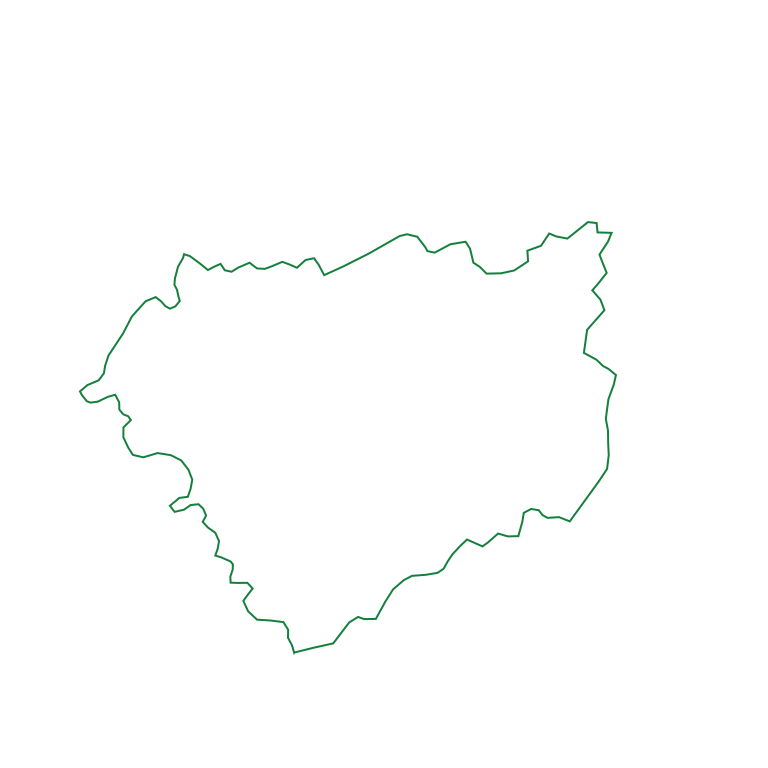 Ashmyany, Grodno, Belarus (Robinson projection), rotated 152°
{"feature_id": "67162791B18933715013959", "entity_name": "Ashmyany", "entity_type": "district", "adm_level": 2, "iso_a3": "BLR", "parent_name": "Belarus", "parent_adm1": "Grodno", "projection": "robinson", "projection_center": [25.945, 54.359], "detail": "fine", "context": "isolated", "style": "outline", "palette": "green", "viewbox_px": 768, "rotation_deg": 152, "n_neighbors": 0, "source": "geoboundaries", "source_scale": "gbopen_adm2", "svg_char_len": 2362}
<svg xmlns="http://www.w3.org/2000/svg" viewBox="0 0 768 768"><g transform="rotate(152 384 384)"><path d="M284.5,175.5L267.2,183.9L239.8,197.3L226.9,204.3L219.0,215.6L213.9,226.4L208.1,237.7L204.5,249.1L193.0,265.2L181.5,275.5L175.0,283.0L178.6,291.7L182.2,297.1L185.0,305.7L192.9,317.6L179.2,336.5L164.8,341.9L154.7,345.7L153.3,357.0L156.1,368.9L147.5,372.2L135.2,377.6L133.8,390.6L133.0,397.1L119.3,404.6L112.1,410.6L124.3,417.6L120.7,426.3L127.9,431.2L153.8,426.3L162.5,433.3L167.5,439.3L180.5,432.3L194.8,434.4L199.2,424.7L215.7,423.1L228.7,426.8L241.6,433.3L244.5,442.6L248.1,449.1L244.5,463.1L245.2,471.3L259.6,476.2L277.6,476.2L283.3,481.0L283.3,485.4L285.5,498.4L293.4,505.4L300.6,507.3L336.1,506.3L364.4,506.9L385.7,508.2L385.7,520.0L386.7,527.9L395.1,530.3L406.3,527.5L411.0,533.5L416.4,539.6L427.7,540.6L435.1,541.6L441.8,545.6L445.8,554.2L457.9,555.2L465.9,554.7L471.2,559.2L471.9,566.8L479.3,567.3L486.0,567.3L488.0,572.3L490.7,578.4L495.3,588.0L499.6,592.5L502.3,589.6L510.9,584.2L518.9,575.5L522.5,570.0L522.5,564.6L524.6,557.0L525.3,553.2L531.8,550.5L537.6,551.0L540.5,555.4L541.9,561.4L544.8,567.9L555.6,569.0L567.8,564.6L575.0,561.9L590.9,551.0L613.9,538.5L621.8,530.9L626.2,525.0L634.1,521.2L646.3,522.3L655.9,520.2L655.9,515.9L654.5,508.3L651.8,505.3L645.1,502.8L633.8,502.3L626.4,500.7L626.4,492.2L629.7,485.6L628.4,479.6L625.0,475.6L624.4,471.0L634.4,468.0L639.1,459.4L639.7,447.9L639.0,439.3L631.0,432.3L616.3,429.3L605.6,421.2L598.9,411.7L596.9,400.1L598.2,389.5L604.2,382.0L610.2,376.5L618.2,379.5L630.2,377.0L628.9,369.4L619.5,366.9L611.5,367.9L604.2,364.9L602.2,358.9L602.8,351.4L608.8,347.3L606.8,339.8L602.8,331.8L603.4,322.8L608.1,316.7L613.5,311.7L609.4,307.7L602.7,299.2L602.1,295.7L604.7,291.2L610.1,286.1L612.7,280.6L606.7,277.1L598.0,272.6L596.0,265.1L602.7,262.1L610.0,258.6L610.7,247.1L606.7,235.5L595.3,228.5L584.6,221.0L584.0,212.0L587.9,205.0L587.9,196.5L589.5,188.8L589.1,189.0L570.4,184.3L550.6,178.8L537.0,185.1L526.6,189.8L516.2,190.5L512.0,185.8L501.5,180.4L484.9,191.3L472.4,198.4L458.8,201.5L449.4,201.5L436.9,196.0L425.4,192.1L418.1,192.9L410.8,197.6L403.5,201.5L392.1,205.4L383.7,207.7L379.5,202.3L373.3,194.4L367.0,195.2L353.5,198.4L346.2,191.3L336.8,186.6L326.4,197.6L321.1,204.6L312.8,204.6L306.6,199.9L305.5,193.7L302.4,189.0L292.0,184.3L284.5,175.5Z" fill="none" stroke="#15803d" stroke-width="2"/></g></svg>